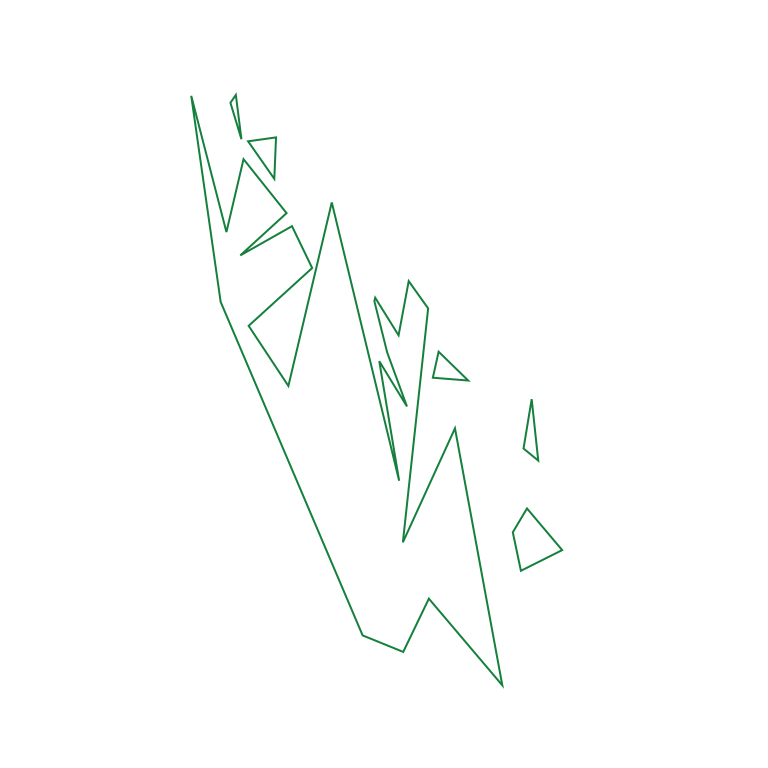 map outline of Møre og Romsdal (Robinson projection), rotated 80°
{"feature_id": "NOR-910", "entity_name": "Møre og Romsdal", "entity_type": "County", "adm_level": 1, "iso_a3": "NOR", "parent_name": "Norway", "parent_adm1": "", "projection": "robinson", "projection_center": [7.305, 62.718], "detail": "coarse", "context": "isolated", "style": "outline", "palette": "green", "viewbox_px": 768, "rotation_deg": 80, "n_neighbors": 0, "source": "natural_earth", "source_scale": "10m", "svg_char_len": 741}
<svg xmlns="http://www.w3.org/2000/svg" viewBox="0 0 768 768"><g transform="rotate(80 384 384)"><path d="M66.7,523.8L207.0,512.8L138.2,483.3L198.8,450.3L232.4,503.2L212.6,447.2L257.3,434.6L303.2,507.2L369.3,478.5L196.1,403.9L481.9,385.9L360.7,384.7L410.1,365.3L353.4,375.4L300.8,379.1L297.5,377.7L338.6,361.2L287.0,341.8L317.2,327.4L543.2,392.9L440.0,321.8L701.3,319.8L603.2,377.1L651.2,411.6L627.9,448.7L274.8,530.6L66.7,523.8ZM591.7,281.6L552.4,282.9L531.4,264.8L578.5,237.4L591.7,281.6ZM471.8,257.8L424.6,241.2L486.2,245.4L471.8,257.8ZM395.2,300.5L386.3,334.8L361.7,324.6L395.2,300.5ZM122.4,447.5L162.9,456.4L121.4,475.7L122.4,447.5ZM73.6,479.7L118.2,481.9L80.4,486.4L73.6,479.7Z" fill="none" stroke="#15803d" stroke-width="2"/></g></svg>